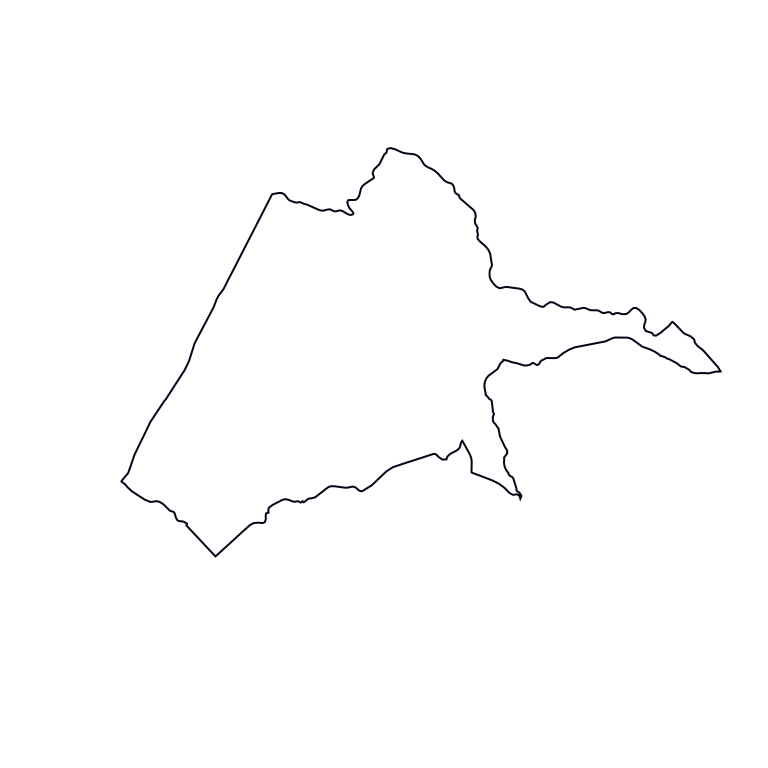 outline of Tete, rotated 318°
{"feature_id": "MOZ-1190", "entity_name": "Tete", "entity_type": "Province", "adm_level": 1, "iso_a3": "MOZ", "parent_name": "Mozambique", "parent_adm1": "", "projection": "robinson", "projection_center": [33.352, -15.869], "detail": "fine", "context": "isolated", "style": "outline", "palette": "ink", "viewbox_px": 768, "rotation_deg": 318, "n_neighbors": 0, "source": "natural_earth", "source_scale": "10m", "svg_char_len": 6010}
<svg xmlns="http://www.w3.org/2000/svg" viewBox="0 0 768 768"><g transform="rotate(318 384 384)"><path d="M143.4,399.4L143.2,391.3L142.9,377.4L142.7,366.3L142.5,356.9L144.0,356.3L144.2,356.0L143.0,352.5L142.5,351.6L139.6,348.2L139.3,346.6L140.0,344.0L141.9,340.0L142.1,338.8L141.8,337.7L140.3,335.4L140.0,334.1L139.7,326.5L139.2,324.1L138.5,322.0L137.4,319.9L136.1,318.4L134.7,317.7L131.4,315.3L128.8,309.8L124.9,295.3L124.4,290.2L124.4,285.0L123.7,281.5L123.7,280.8L123.7,280.7L125.4,280.2L134.3,279.0L141.8,274.9L151.3,269.6L162.1,265.2L170.8,261.7L184.9,255.9L195.0,253.3L209.4,249.6L211.2,249.5L221.7,246.6L234.8,243.1L245.4,240.2L254.2,236.6L263.6,231.1L270.6,227.0L285.2,221.6L298.6,216.7L308.8,212.9L316.5,209.0L320.4,207.6L328.5,206.0L338.0,202.3L348.7,198.3L364.1,192.4L381.2,185.9L398.8,179.2L411.6,174.3L420.5,170.9L427.9,168.1L433.5,171.6L435.8,173.6L436.9,176.9L436.4,182.7L436.8,184.8L439.4,189.4L440.2,190.5L441.7,191.6L442.6,192.0L443.3,192.7L443.6,193.3L445.0,196.4L446.8,199.2L452.0,210.8L453.8,213.6L455.1,214.7L459.4,216.9L460.8,218.2L461.4,219.6L462.0,221.1L462.8,222.6L464.0,223.6L466.7,225.0L467.9,226.0L468.8,227.5L470.2,231.9L470.8,233.8L471.7,235.3L472.9,236.5L474.7,237.1L475.7,236.4L476.0,234.3L476.0,230.3L476.9,226.9L478.4,224.3L480.6,223.5L486.1,228.2L488.9,228.5L491.8,227.3L497.8,223.3L500.6,222.5L503.5,222.5L514.2,224.1L515.0,223.5L516.2,220.6L517.0,219.4L520.2,217.9L527.7,217.6L537.7,213.6L538.5,213.5L540.1,213.7L540.9,213.5L541.7,213.0L542.5,212.3L543.2,211.8L544.1,211.6L547.0,213.3L547.8,214.6L549.2,216.8L552.5,224.4L554.9,227.7L560.2,233.5L561.8,237.2L561.9,241.1L560.6,248.0L561.5,252.0L563.2,255.7L564.3,259.2L564.9,262.8L564.9,271.4L565.1,273.4L565.7,275.7L566.7,277.6L567.8,279.3L568.5,281.1L568.3,283.0L567.6,284.8L565.5,288.0L564.9,289.6L565.1,291.2L565.7,292.7L566.0,294.0L565.1,295.3L564.8,297.3L565.9,306.2L566.9,314.4L566.5,317.5L564.6,320.5L563.3,321.7L561.9,322.4L560.7,323.4L559.5,325.1L559.0,326.5L558.5,329.5L557.9,330.9L555.8,332.3L553.8,335.9L552.0,337.0L550.7,338.9L550.7,342.8L551.6,349.8L551.3,354.5L550.1,358.2L543.8,367.9L543.7,368.0L542.6,368.7L540.5,369.4L538.8,370.3L537.0,371.8L534.1,375.3L533.0,378.2L532.5,382.3L532.6,386.5L533.7,389.7L535.0,390.9L538.4,392.7L539.9,393.7L548.3,403.6L550.0,406.2L550.5,409.5L548.5,417.0L548.0,421.0L552.2,431.2L554.2,433.4L557.7,433.5L562.2,434.3L564.5,436.9L567.3,444.9L568.4,446.7L569.7,448.1L572.9,450.9L573.6,451.7L574.1,452.8L575.4,456.2L576.0,456.8L576.8,457.1L583.2,460.9L584.5,462.5L586.3,466.4L587.4,467.9L592.1,472.3L592.9,473.9L593.6,476.5L594.6,478.2L596.2,479.3L597.9,480.1L598.9,480.8L599.6,481.4L600.0,482.4L600.3,484.6L600.8,485.5L601.5,485.9L603.0,486.2L603.7,486.5L605.1,487.6L606.0,488.7L607.8,491.5L610.8,494.1L613.7,494.6L616.7,494.3L620.1,494.4L622.3,496.3L623.3,499.9L623.3,504.1L623.0,507.8L621.8,511.0L619.6,512.8L617.0,514.2L614.8,516.2L614.0,519.8L617.3,525.4L617.0,528.4L618.5,530.1L623.8,531.0L634.1,531.4L639.8,530.7L640.3,532.5L640.7,546.0L641.2,548.2L643.6,553.4L644.3,557.6L644.3,558.5L643.0,560.7L642.7,561.5L642.6,562.4L642.5,565.3L642.5,565.8L643.7,572.4L643.5,594.9L642.5,599.9L641.4,599.1L639.1,597.0L632.6,593.4L631.3,592.4L630.5,591.1L629.6,590.6L627.0,588.0L623.8,585.6L622.2,583.7L620.8,581.7L620.4,580.7L620.2,579.9L620.3,577.7L620.1,577.1L618.8,572.9L618.3,572.0L616.7,570.1L616.3,569.2L615.4,564.2L612.5,556.2L611.4,554.6L611.2,554.0L610.9,552.4L609.2,549.4L608.8,548.3L608.3,548.2L608.1,545.9L606.9,541.4L605.0,536.6L600.9,529.0L598.5,517.4L597.0,513.9L596.2,512.7L587.0,504.2L584.7,502.9L577.0,500.5L569.4,495.9L550.3,484.4L544.8,482.4L538.0,481.0L531.2,480.6L529.4,479.9L527.8,478.7L522.7,473.9L521.9,473.4L520.8,473.0L518.6,472.5L517.5,472.1L515.9,471.9L512.3,472.9L510.6,472.5L509.9,471.2L509.5,469.6L509.0,468.2L507.8,467.6L506.0,467.5L504.8,467.1L502.3,465.6L500.3,463.8L497.2,458.3L493.8,453.6L490.9,448.5L489.0,446.1L488.8,446.5L485.0,446.5L483.7,446.8L479.1,448.6L477.5,448.8L467.3,447.8L463.9,448.3L461.1,449.5L458.6,451.3L456.5,453.6L453.1,459.2L452.3,459.9L452.5,462.6L452.5,463.4L452.2,465.1L452.3,465.8L452.8,466.8L452.9,467.3L452.8,468.2L452.3,469.3L446.5,477.4L446.1,478.1L446.0,479.0L445.7,479.7L445.1,480.2L443.9,480.7L443.5,480.9L442.2,481.9L440.5,484.1L440.1,484.7L439.9,485.5L439.8,486.8L439.9,488.5L439.9,489.1L439.5,491.0L439.4,491.7L439.5,492.3L439.3,493.2L438.9,494.4L435.5,499.9L435.1,500.6L431.8,511.4L431.3,514.1L431.1,515.4L430.9,515.9L430.5,516.6L429.6,517.4L429.0,517.9L428.3,518.2L424.8,518.8L424.2,519.0L423.7,519.3L423.4,519.7L422.7,520.7L422.4,521.1L421.5,521.7L420.5,522.8L419.7,523.9L418.4,526.1L417.2,529.7L417.0,532.2L416.8,533.2L416.4,534.3L416.1,535.2L416.2,536.5L417.1,539.2L417.0,539.9L416.8,540.9L413.0,549.2L412.2,550.6L411.2,552.0L411.1,552.6L411.4,553.6L411.7,554.3L411.8,555.2L411.9,555.9L411.2,559.2L408.6,560.4L409.0,559.6L409.7,557.7L409.6,555.9L408.9,554.8L406.6,553.4L405.7,552.6L404.7,550.3L404.3,547.8L404.2,546.6L404.1,542.3L402.7,535.1L400.1,528.4L395.9,520.1L390.1,508.9L390.0,508.1L397.3,500.3L398.9,498.0L400.6,494.2L403.5,481.9L404.2,478.6L402.9,478.8L401.2,479.6L398.2,481.7L396.5,482.2L393.3,482.0L387.1,480.4L383.9,480.2L382.4,480.5L380.9,481.1L380.1,481.8L379.5,481.5L376.8,479.2L375.7,474.6L375.7,471.9L375.2,470.3L374.0,469.1L361.9,463.7L345.8,456.5L335.3,451.9L327.3,450.5L307.2,451.1L296.7,449.2L295.1,448.3L294.2,446.6L293.7,442.1L292.8,440.1L291.5,438.9L287.3,436.5L285.3,434.6L279.1,427.2L276.3,424.6L273.8,423.4L256.9,422.1L253.0,420.0L251.4,418.8L249.4,418.5L247.2,418.4L245.2,418.2L245.0,417.8L245.2,417.3L245.2,416.7L244.7,416.4L244.3,416.5L243.5,416.7L243.1,416.6L242.5,415.8L242.2,414.7L241.7,413.7L240.7,412.9L238.7,411.7L237.5,410.1L235.5,406.1L234.1,404.1L232.4,402.8L230.5,402.0L220.2,399.3L215.7,398.9L213.1,400.7L212.3,402.3L211.5,402.2L210.7,401.6L209.9,401.3L208.4,402.2L206.5,404.5L205.3,405.7L203.1,406.8L201.4,406.5L199.8,405.2L198.2,403.3L194.1,400.1L189.6,399.1L178.6,399.1L162.1,399.3L154.8,399.3L143.4,399.4Z" fill="none" stroke="#020617" stroke-width="2"/></g></svg>